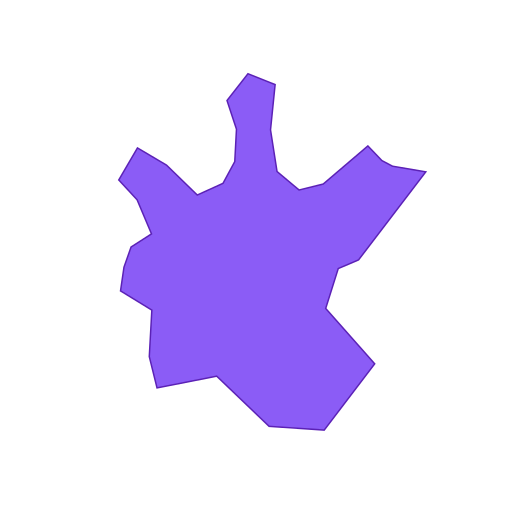 SVG path tracing the border of Szeged, rotated 214°
{"feature_id": "HUN-4916", "entity_name": "Szeged", "entity_type": "Urban county", "adm_level": 1, "iso_a3": "HUN", "parent_name": "Hungary", "parent_adm1": "", "projection": "equal_earth", "projection_center": [20.159, 46.25], "detail": "fine", "context": "isolated", "style": "filled", "palette": "violet", "viewbox_px": 512, "rotation_deg": 214, "n_neighbors": 0, "source": "natural_earth", "source_scale": "10m", "svg_char_len": 577}
<svg xmlns="http://www.w3.org/2000/svg" viewBox="0 0 512 512"><g transform="rotate(214 256 256)"><path d="M224.8,409.8L205.0,405.5L193.0,406.8L162.3,420.7L168.8,310.1L180.8,291.6L168.9,251.5L97.3,233.0L102.1,149.8L149.9,122.1L221.4,134.4L264.3,91.3L288.2,112.9L312.1,152.9L348.8,151.3L359.2,172.9L364.6,193.6L355.0,215.9L386.0,236.1L412.3,242.3L414.7,279.3L381.0,281.3L338.8,273.7L324.0,297.8L326.4,322.4L343.1,350.2L367.0,368.7L364.6,402.6L336.0,408.8L314.5,368.7L285.8,337.8L257.2,334.8L240.5,353.3L224.8,409.8Z" fill="#8b5cf6" stroke="#5b21b6" stroke-width="1.5"/></g></svg>